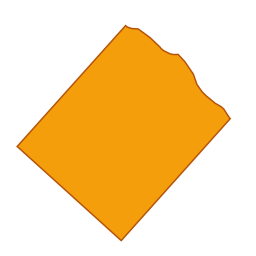 outline of Alcona, Michigan, United States of America, rotated 312°
{"feature_id": "52423323B96820900190034", "entity_name": "Alcona", "entity_type": "district", "adm_level": 2, "iso_a3": "USA", "parent_name": "United States of America", "parent_adm1": "Michigan", "projection": "orthographic", "projection_center": [-83.376, 44.684], "detail": "fine", "context": "isolated", "style": "filled", "palette": "amber", "viewbox_px": 256, "rotation_deg": 312, "n_neighbors": 0, "source": "geoboundaries", "source_scale": "gbopen_adm2", "svg_char_len": 448}
<svg xmlns="http://www.w3.org/2000/svg" viewBox="0 0 256 256"><g transform="rotate(312 128 128)"><path d="M39.8,198.3L203.4,197.7L203.4,196.6L206.2,186.3L206.1,182.9L204.7,176.3L204.2,164.0L204.5,158.5L206.5,150.0L211.7,140.6L215.3,125.9L216.2,116.0L213.2,112.9L211.3,109.8L209.4,103.0L209.1,99.5L209.5,98.0L209.9,83.9L208.4,69.2L204.4,64.2L202.5,59.9L202.5,57.7L40.1,58.0L39.8,198.3Z" fill="#f59e0b" stroke="#b45309" stroke-width="1.5"/></g></svg>